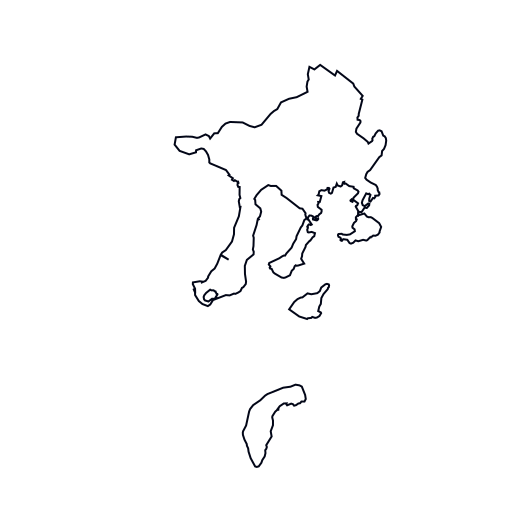 the district of Neiafu, Vava'u, Tonga, rotated 17°
{"feature_id": "48082658B15752007893328", "entity_name": "Neiafu", "entity_type": "district", "adm_level": 2, "iso_a3": "TON", "parent_name": "Tonga", "parent_adm1": "Vava'u", "projection": "natural_earth1", "projection_center": [-173.963, -18.667], "detail": "fine", "context": "isolated", "style": "outline", "palette": "ink", "viewbox_px": 512, "rotation_deg": 17, "n_neighbors": 0, "source": "geoboundaries", "source_scale": "gbopen_adm2", "svg_char_len": 6140}
<svg xmlns="http://www.w3.org/2000/svg" viewBox="0 0 512 512"><g transform="rotate(17 256 256)"><path d="M251.8,59.5L252.4,67.0L254.8,71.8L254.2,74.1L254.9,79.2L257.3,83.9L248.5,92.2L241.6,96.0L235.0,101.8L233.4,109.3L230.8,112.1L228.4,115.9L222.9,128.9L217.1,133.3L211.8,133.5L204.2,132.2L192.0,135.4L188.1,138.3L185.6,142.5L183.6,149.7L180.2,150.9L177.8,157.1L175.9,155.1L172.2,154.5L166.9,159.3L165.0,160.3L160.1,160.6L154.2,162.2L144.7,165.9L145.6,173.3L152.2,177.8L162.4,178.3L168.3,174.4L167.8,172.4L172.2,169.2L174.7,168.9L177.6,170.6L180.6,173.4L183.1,177.3L184.0,180.2L185.1,180.8L202.2,182.6L206.8,186.0L206.2,186.9L211.1,188.4L210.7,190.1L213.0,190.7L213.6,189.7L216.4,190.4L217.1,190.1L217.9,191.3L217.3,192.0L217.5,193.5L218.8,195.1L220.2,194.8L222.4,202.4L224.1,205.2L223.4,206.3L223.5,208.6L226.2,214.0L226.8,213.7L228.0,223.1L226.8,235.4L228.6,241.7L228.7,245.3L228.8,249.2L225.4,259.2L222.6,262.6L222.0,265.1L230.9,267.5L221.9,265.5L221.2,274.7L220.1,280.1L217.7,283.7L216.2,289.6L216.5,290.7L215.1,294.5L212.2,296.9L212.1,296.2L209.6,296.6L203.4,299.7L203.8,301.4L207.3,305.1L207.9,306.9L205.7,305.5L208.3,308.6L209.2,311.2L214.5,315.8L218.8,317.6L224.6,318.0L226.4,315.8L227.5,311.7L226.3,310.0L223.8,313.4L220.2,313.4L219.0,312.6L217.9,310.5L218.0,308.7L219.1,305.9L222.0,301.6L223.4,301.9L225.5,301.2L226.9,301.9L227.6,301.7L229.3,303.7L230.1,303.6L230.4,304.1L229.6,306.7L230.4,307.3L227.8,309.5L228.3,310.3L238.6,302.2L242.3,301.4L245.9,298.4L247.4,298.2L249.7,296.1L251.4,294.1L251.9,290.6L253.0,289.5L254.4,285.8L254.0,283.4L250.7,276.4L248.2,268.7L248.4,262.4L253.2,255.2L252.6,252.6L251.1,250.7L250.7,247.3L248.5,239.2L247.3,237.4L247.5,226.2L247.0,221.0L247.9,220.2L247.0,219.6L248.2,216.9L248.0,212.1L246.2,209.2L240.4,206.7L238.8,202.6L237.7,201.9L238.8,197.6L241.6,191.2L247.0,184.6L249.7,184.7L254.8,183.1L261.2,186.1L262.6,190.0L268.2,191.6L283.8,197.6L286.6,197.2L290.9,200.6L291.0,201.9L292.4,204.1L293.1,204.4L293.2,205.4L291.7,207.5L291.4,213.3L290.5,215.5L289.0,225.2L289.4,228.1L288.0,233.3L287.6,237.6L284.3,244.7L283.7,247.1L282.5,247.4L281.2,248.6L278.9,251.4L270.7,258.8L270.7,260.4L272.8,261.7L272.5,263.2L273.2,263.9L274.7,263.7L277.4,266.6L279.1,267.3L286.7,269.1L289.0,268.8L290.5,267.9L294.1,264.5L294.5,259.6L295.8,257.4L296.0,254.4L296.7,253.3L297.5,253.5L299.1,252.8L304.3,249.2L300.0,245.5L300.1,242.8L299.5,240.1L300.7,232.8L300.5,230.9L302.9,225.7L303.4,225.5L304.7,221.5L305.9,220.1L305.7,216.9L302.2,216.7L299.5,218.1L298.6,218.1L297.3,216.0L297.4,213.9L297.1,213.1L296.5,213.0L296.8,211.3L297.4,210.3L299.3,210.4L300.1,209.6L295.6,205.9L294.8,206.0L294.5,203.8L295.3,201.6L297.1,201.2L299.0,201.5L299.9,202.4L299.4,203.3L299.8,204.4L303.4,204.3L304.2,203.8L304.7,202.4L304.4,201.8L302.5,202.9L302.4,202.3L301.3,202.2L301.3,201.2L302.6,199.9L303.7,199.6L304.3,197.7L305.7,195.8L305.7,194.2L305.2,192.6L300.8,191.0L299.9,189.1L300.4,187.4L299.7,186.1L301.2,185.6L301.0,179.6L297.4,179.9L297.9,179.0L297.6,175.6L299.3,173.9L302.4,173.5L304.6,171.4L304.5,170.0L305.8,169.6L306.6,170.2L306.4,172.7L307.4,174.2L309.3,174.5L310.2,173.4L310.1,167.9L312.0,166.6L312.1,163.2L313.5,164.7L316.6,164.8L317.7,163.3L317.6,160.1L318.5,159.5L318.5,160.9L319.5,161.1L320.4,160.4L324.7,161.9L329.1,161.3L329.7,162.7L334.0,163.6L335.2,164.5L335.2,166.2L332.2,171.8L332.4,173.7L331.0,173.6L330.1,175.2L330.5,175.8L332.4,176.0L332.7,174.3L333.4,174.1L338.2,175.8L338.0,178.0L337.0,178.8L336.9,179.6L340.5,183.0L341.8,187.7L341.1,187.9L340.2,189.8L340.8,191.6L341.6,191.6L341.5,193.3L340.0,195.7L339.4,199.4L340.0,200.7L342.5,201.7L343.3,203.4L339.5,207.9L336.6,209.3L332.6,210.1L331.5,209.7L328.6,210.8L328.2,211.4L328.4,212.4L329.3,213.5L331.4,213.8L332.4,215.0L332.1,216.0L333.1,216.5L333.7,216.4L334.5,214.4L338.6,213.8L341.7,216.3L343.2,216.4L345.1,214.9L346.6,212.0L349.5,212.0L353.7,209.2L356.9,209.0L357.8,208.3L359.6,204.8L360.3,204.7L360.5,203.9L361.2,203.6L362.1,202.2L364.3,201.7L366.3,200.0L367.3,197.4L367.0,196.4L367.2,191.6L364.2,188.6L356.1,185.6L354.4,185.3L352.4,186.0L350.6,185.9L347.2,183.7L342.1,187.1L341.1,183.7L344.1,183.2L345.7,178.0L347.9,177.7L349.4,174.5L349.1,172.8L348.0,172.9L345.4,176.5L343.2,176.2L341.7,174.2L341.6,171.5L343.1,163.9L345.3,164.1L346.0,163.3L347.6,164.1L347.5,167.8L348.1,170.2L349.6,170.4L350.9,166.3L352.2,166.3L352.8,164.5L352.4,163.5L355.5,162.3L356.0,160.6L355.3,159.2L354.8,159.3L353.1,157.4L352.7,156.0L351.5,154.4L349.8,153.1L344.2,152.2L339.4,150.7L337.6,149.4L337.5,145.5L338.1,142.9L340.0,140.5L345.0,125.4L346.7,123.1L345.9,118.7L347.1,116.2L347.5,112.1L346.8,107.6L345.7,105.3L344.0,103.9L342.5,103.7L339.6,100.0L337.5,99.7L336.1,100.5L334.6,103.8L334.1,106.9L333.2,107.7L332.9,109.9L333.6,111.2L333.4,112.2L330.7,115.6L329.5,114.2L324.4,112.0L316.9,109.6L315.2,108.1L314.8,104.8L316.8,97.9L316.7,97.1L316.4,96.3L315.4,95.7L313.3,96.0L312.5,93.9L313.2,91.9L312.7,90.1L312.0,75.4L310.3,75.1L311.2,71.7L300.5,65.2L298.6,62.7L279.4,55.3L278.8,60.3L261.5,54.5L257.3,60.5L251.8,59.5ZM331.4,367.5L327.2,370.9L320.5,374.0L307.4,384.6L305.5,386.9L302.3,392.7L296.9,399.4L295.1,404.1L294.9,406.7L296.1,421.0L294.9,427.3L295.0,428.7L295.8,430.9L298.6,434.9L302.1,438.5L302.8,440.1L304.7,442.2L306.1,445.3L310.0,450.9L316.7,457.5L318.4,457.5L320.1,456.4L321.6,452.2L321.7,449.3L322.9,445.2L322.7,441.8L321.6,439.0L322.2,437.4L322.2,435.5L321.1,433.9L323.7,424.0L321.3,419.3L321.7,412.9L320.4,408.5L318.7,405.6L318.5,404.4L319.9,399.2L321.5,396.7L322.3,396.5L322.2,395.8L321.5,395.8L322.6,392.7L325.7,388.9L328.3,388.0L328.2,388.8L329.4,389.7L332.8,386.9L334.6,386.9L336.2,388.0L337.9,386.9L339.6,384.7L341.2,383.9L342.0,381.9L344.9,381.0L345.4,378.2L343.6,374.5L338.0,367.5L335.4,367.0L331.4,367.5ZM330.6,262.8L327.6,267.1L327.3,270.9L325.5,273.6L320.1,276.4L316.2,276.7L312.5,282.0L310.9,282.7L308.3,285.1L306.0,288.8L303.3,297.3L315.0,301.2L323.3,301.3L323.8,300.4L327.0,299.0L327.6,297.8L330.6,297.9L332.2,297.1L334.2,294.9L335.0,291.6L334.5,291.0L331.6,290.5L331.3,285.8L332.0,282.9L330.8,277.1L331.7,272.6L334.3,266.7L334.2,265.4L334.7,264.6L334.5,262.7L333.9,261.9L332.0,261.9L330.6,262.8Z" fill="none" stroke="#020617" stroke-width="2"/></g></svg>